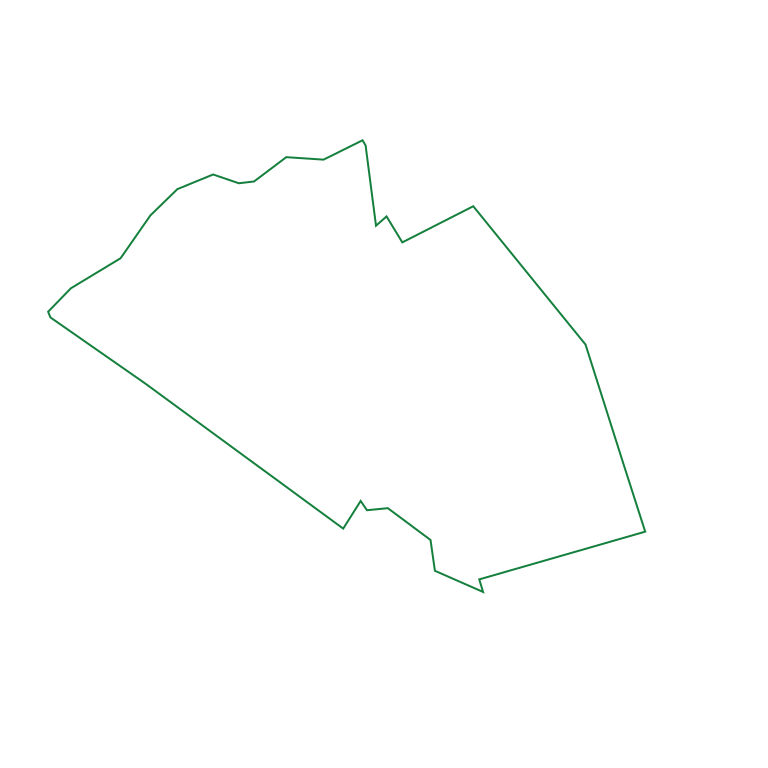 the district of Greene, New York, United States of America, rotated 225°
{"feature_id": "52423323B74278338404385", "entity_name": "Greene", "entity_type": "district", "adm_level": 2, "iso_a3": "USA", "parent_name": "United States of America", "parent_adm1": "New York", "projection": "orthographic", "projection_center": [-74.073, 42.28], "detail": "fine", "context": "isolated", "style": "outline", "palette": "green", "viewbox_px": 768, "rotation_deg": 225, "n_neighbors": 0, "source": "geoboundaries", "source_scale": "gbopen_adm2", "svg_char_len": 537}
<svg xmlns="http://www.w3.org/2000/svg" viewBox="0 0 768 768"><g transform="rotate(225 384 384)"><path d="M310.6,252.9L317.8,284.8L306.8,282.7L293.5,298.9L240.8,306.6L215.9,287.9L166.9,307.0L178.5,313.2L94.9,464.3L159.9,497.7L269.4,554.4L296.7,557.2L446.6,572.8L471.2,497.1L500.7,504.3L501.6,490.3L565.6,539.6L571.5,541.2L585.4,499.9L613.5,475.3L619.1,435.3L628.6,423.3L653.0,411.3L667.9,375.7L668.4,338.1L659.2,286.7L673.1,230.3L672.6,197.6L666.9,195.2L553.8,215.4L310.6,252.9Z" fill="none" stroke="#15803d" stroke-width="2"/></g></svg>